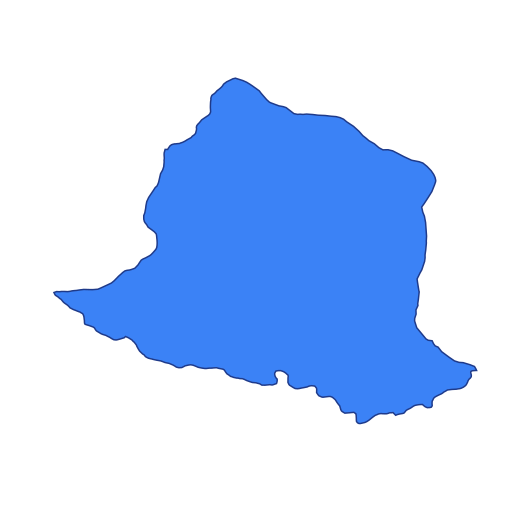 Logchina, Chhukha, Bhutan, rotated 83°
{"feature_id": "84629894B64044446171466", "entity_name": "Logchina", "entity_type": "district", "adm_level": 2, "iso_a3": "BTN", "parent_name": "Bhutan", "parent_adm1": "Chhukha", "projection": "equal_earth", "projection_center": [89.38, 26.957], "detail": "fine", "context": "isolated", "style": "filled", "palette": "blue", "viewbox_px": 512, "rotation_deg": 83, "n_neighbors": 0, "source": "geoboundaries", "source_scale": "gbopen_adm2", "svg_char_len": 6058}
<svg xmlns="http://www.w3.org/2000/svg" viewBox="0 0 512 512"><g transform="rotate(83 256 256)"><path d="M77.0,254.7L77.3,257.4L78.3,260.2L79.6,264.1L80.3,265.1L80.9,266.4L81.8,267.5L83.0,268.4L84.0,269.5L84.9,270.7L86.0,272.4L87.2,274.5L88.9,276.4L89.7,277.5L90.4,278.9L91.2,280.2L92.9,281.2L94.1,281.6L95.4,281.7L97.5,282.3L99.2,282.6L101.7,283.0L103.3,283.2L105.0,283.3L107.5,283.5L109.4,284.6L110.7,286.3L111.5,288.0L113.7,292.3L114.3,293.4L115.3,294.4L117.1,296.3L117.8,297.3L119.4,298.9L120.9,299.5L122.5,299.5L123.8,299.8L127.0,301.1L128.3,302.7L129.3,304.6L130.6,306.0L131.1,307.3L131.8,309.0L132.2,310.1L132.8,311.3L133.5,312.9L134.3,315.3L134.6,317.0L135.0,318.2L134.9,320.3L134.9,322.1L134.8,323.4L135.0,325.1L135.3,326.4L136.4,328.2L137.3,328.9L138.5,330.0L139.5,330.7L139.1,333.2L142.5,334.6L144.4,334.9L147.8,335.1L149.9,335.6L151.4,335.7L156.1,336.7L159.3,338.2L162.7,340.7L168.5,342.8L171.0,343.7L173.0,344.8L174.4,345.7L175.8,347.7L178.1,349.6L182.6,353.5L184.8,355.4L188.7,357.8L192.3,359.0L195.5,359.8L199.6,361.1L202.2,362.5L205.7,362.9L208.2,362.6L209.7,361.9L211.6,360.7L214.2,359.6L217.2,356.4L219.5,354.0L221.8,352.4L223.2,352.2L228.4,352.3L231.0,352.5L233.3,352.9L235.5,353.5L237.1,354.5L238.6,356.1L240.1,357.8L241.8,359.9L242.6,361.2L244.4,365.8L245.2,368.5L246.1,370.4L248.2,372.3L250.5,374.2L253.4,377.8L254.2,381.3L254.5,383.4L254.5,385.8L254.8,387.9L256.2,390.4L257.3,391.9L259.2,394.7L263.3,399.8L265.2,402.8L266.4,406.4L268.1,411.7L268.8,413.9L269.7,417.0L269.6,419.4L269.5,421.9L269.3,423.7L268.2,431.0L268.2,435.3L268.3,438.5L268.2,440.5L268.2,443.0L268.4,445.0L268.4,447.4L267.9,450.2L267.5,453.3L267.5,455.2L267.3,456.6L267.0,458.2L267.6,461.0L268.9,460.6L270.5,459.9L272.4,457.6L274.4,455.8L275.1,454.9L276.4,454.0L277.4,453.4L278.4,452.7L279.3,451.9L281.9,449.0L283.4,447.8L284.8,446.9L286.9,443.8L288.0,441.7L288.9,440.1L289.7,438.6L290.2,437.5L291.1,436.5L292.0,435.2L293.0,434.7L294.2,434.4L295.4,434.2L299.3,434.2L300.3,434.3L301.8,434.4L302.9,434.0L303.6,432.6L304.7,430.1L305.5,428.5L306.7,426.2L307.7,425.1L309.6,424.3L310.9,423.5L312.1,422.0L313.1,420.7L314.1,419.5L315.0,418.0L316.6,414.5L317.5,413.3L318.9,411.1L320.2,409.6L321.7,407.5L322.1,406.1L322.3,404.5L322.1,402.8L321.8,400.8L321.4,398.6L321.1,396.8L320.0,395.3L320.7,394.1L321.6,392.6L322.8,391.1L324.3,389.3L325.8,388.3L326.7,387.4L329.7,385.6L331.3,385.2L334.3,384.0L336.2,383.1L339.4,380.5L340.5,379.1L342.4,378.0L343.6,376.4L344.4,375.1L345.2,373.0L345.6,371.8L346.1,370.7L346.7,369.0L347.4,367.0L348.0,365.0L348.5,363.4L349.5,361.4L350.6,359.4L351.2,357.7L352.0,355.3L352.7,354.1L354.2,351.5L355.6,349.7L356.5,348.7L357.0,347.5L357.5,346.1L357.6,344.5L357.7,343.3L357.0,341.3L356.4,339.8L356.2,338.0L356.0,336.0L356.0,334.1L356.7,331.8L357.7,329.9L358.5,328.5L359.3,327.2L359.9,325.6L360.6,323.5L361.4,320.6L361.6,319.1L361.6,317.8L361.6,315.9L361.8,314.5L361.9,312.8L361.9,311.5L362.1,308.7L362.9,306.9L363.4,305.3L364.3,302.6L365.2,301.4L366.2,300.9L367.3,300.4L369.4,299.2L370.7,297.6L372.4,295.9L373.0,294.4L373.7,293.2L374.3,291.5L374.8,290.1L375.0,288.7L375.7,287.0L376.1,284.5L377.0,282.7L378.5,280.4L379.4,278.6L380.1,277.2L381.1,275.0L381.9,271.3L382.5,270.0L383.3,267.9L384.9,265.9L385.3,262.7L385.4,257.8L385.8,256.6L386.0,255.3L385.1,251.2L384.0,250.7L382.5,250.2L380.7,250.0L379.9,250.7L378.0,251.6L376.2,251.9L374.5,251.7L372.6,250.2L372.5,247.7L372.8,245.4L373.9,243.2L374.7,242.0L376.1,240.5L377.0,239.8L378.2,238.7L379.4,238.7L381.0,239.1L383.3,239.4L385.3,239.7L387.2,239.1L388.3,238.5L389.0,237.6L391.2,234.9L392.3,233.3L392.8,231.0L392.8,229.2L392.6,227.0L392.5,225.0L392.2,221.1L391.7,219.6L391.5,218.1L391.5,216.6L391.8,215.3L392.3,213.5L394.4,212.1L395.6,212.0L399.0,212.5L401.0,211.5L402.4,210.6L404.0,207.9L404.3,206.8L404.3,200.9L404.5,199.3L405.2,197.9L406.0,196.9L408.2,194.9L409.6,194.2L411.1,193.5L413.6,192.1L414.9,191.2L417.3,190.8L418.7,190.6L420.1,190.1L421.0,189.3L422.8,187.0L422.9,184.4L423.0,182.2L423.0,180.8L423.1,177.9L424.8,176.1L426.4,176.0L427.7,176.1L429.4,176.2L431.1,176.4L432.6,176.4L434.0,175.5L434.8,174.2L435.0,173.0L434.8,171.0L434.5,168.2L433.9,166.3L432.8,164.0L430.3,160.0L428.7,157.1L428.3,155.5L427.7,153.6L427.6,151.2L428.0,149.5L428.5,145.8L428.4,144.5L427.9,142.3L428.1,140.9L428.1,139.1L431.1,136.8L430.6,135.0L430.3,132.6L430.2,129.9L430.0,128.4L428.9,127.1L427.5,125.7L426.6,123.5L426.2,122.1L425.4,120.3L424.3,118.2L423.7,116.6L423.5,114.8L423.4,112.4L423.5,110.5L423.7,108.8L424.7,108.0L425.5,107.2L426.3,106.4L427.4,104.5L427.6,101.9L427.4,100.4L426.2,99.4L424.9,99.3L423.4,99.2L421.5,98.8L420.5,98.0L419.1,97.2L418.1,96.1L417.3,94.4L416.3,91.7L415.4,88.8L414.8,87.5L414.0,86.3L413.0,83.8L412.3,82.3L412.3,77.9L412.6,73.4L412.5,71.4L412.5,69.9L412.2,68.3L411.4,66.0L410.2,63.9L409.4,63.0L408.1,62.1L406.7,61.2L405.6,60.7L404.3,59.6L403.3,58.2L402.1,57.1L400.5,56.8L397.8,57.1L396.7,56.7L396.3,55.4L396.3,53.7L396.5,51.0L394.9,51.5L392.3,52.6L390.0,56.8L387.1,63.4L386.3,67.5L384.3,71.8L379.8,76.9L373.6,83.4L368.6,86.4L367.1,89.1L364.7,90.5L361.6,91.5L360.6,95.4L359.0,97.4L353.5,100.9L346.8,105.2L339.8,106.5L337.3,106.1L333.2,104.2L329.0,103.8L324.9,101.3L323.1,101.3L318.7,100.1L311.5,98.4L310.0,98.6L301.5,98.9L298.4,98.9L292.9,95.3L289.9,93.1L281.9,89.3L278.4,88.4L275.6,88.1L274.0,87.7L270.7,86.8L263.8,85.3L262.1,85.2L257.1,84.3L243.4,83.6L237.0,84.0L232.8,85.1L227.6,85.6L224.6,82.8L218.8,77.9L213.5,73.6L207.3,70.2L204.2,68.7L202.8,68.4L199.9,68.7L196.7,69.7L192.8,71.7L188.1,75.2L184.1,79.0L182.3,82.6L179.9,89.9L175.4,97.1L171.2,103.2L168.3,107.5L166.6,112.0L166.1,117.1L163.5,120.8L159.0,124.9L155.3,129.9L152.5,132.4L149.6,135.3L144.8,138.6L139.2,143.4L133.9,149.6L130.9,152.4L128.9,155.7L127.4,159.6L126.4,164.5L125.0,170.2L123.8,177.3L122.5,182.4L121.3,188.5L121.2,192.1L120.6,195.0L120.5,197.5L119.3,201.0L112.4,208.0L111.1,210.7L109.7,215.1L106.0,222.2L105.0,223.9L102.2,226.3L97.8,229.3L94.8,231.3L92.5,232.6L89.7,235.6L86.6,239.0L84.7,241.2L82.4,244.1L80.3,247.6L78.5,251.5L77.6,253.5L77.0,254.7Z" fill="#3b82f6" stroke="#1e3a8a" stroke-width="1.5"/></g></svg>